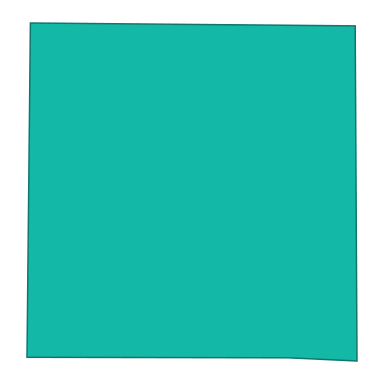 Crawford, Michigan, United States of America
{"feature_id": "52423323B93401682772599", "entity_name": "Crawford", "entity_type": "district", "adm_level": 2, "iso_a3": "USA", "parent_name": "United States of America", "parent_adm1": "Michigan", "projection": "orthographic", "projection_center": [-84.626, 44.683], "detail": "fine", "context": "isolated", "style": "filled", "palette": "teal", "viewbox_px": 384, "rotation_deg": 0, "n_neighbors": 0, "source": "geoboundaries", "source_scale": "gbopen_adm2", "svg_char_len": 198}
<svg xmlns="http://www.w3.org/2000/svg" viewBox="0 0 384 384"><path d="M30.4,23.0L27.0,357.3L288.0,357.8L357.0,361.0L355.2,25.9L30.4,23.0Z" fill="#14b8a6" stroke="#0f766e" stroke-width="1.5"/></svg>